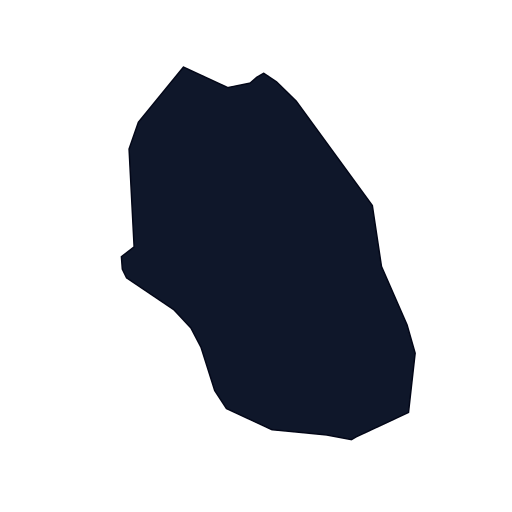 the Municipality of Solcava, rotated 257°
{"feature_id": "SVN-251", "entity_name": "Solcava", "entity_type": "Municipality", "adm_level": 1, "iso_a3": "SVN", "parent_name": "Slovenia", "parent_adm1": "", "projection": "equal_earth", "projection_center": [14.658, 46.411], "detail": "fine", "context": "isolated", "style": "filled", "palette": "ink", "viewbox_px": 512, "rotation_deg": 257, "n_neighbors": 0, "source": "natural_earth", "source_scale": "10m", "svg_char_len": 502}
<svg xmlns="http://www.w3.org/2000/svg" viewBox="0 0 512 512"><g transform="rotate(257 256 256)"><path d="M273.3,122.8L285.6,124.7L292.3,139.3L388.8,156.4L412.8,171.5L456.4,227.8L426.4,266.4L425.8,289.2L430.0,297.0L432.3,304.6L421.0,315.2L397.9,330.0L279.0,380.7L217.6,375.9L154.8,387.7L125.5,389.2L69.3,369.4L57.3,313.1L55.6,307.7L65.8,284.4L83.2,232.4L114.0,192.9L134.2,185.5L179.4,181.9L200.5,176.4L222.1,163.9L263.8,125.0L273.3,122.8Z" fill="#0f172a" stroke="#020617" stroke-width="1.5"/></g></svg>